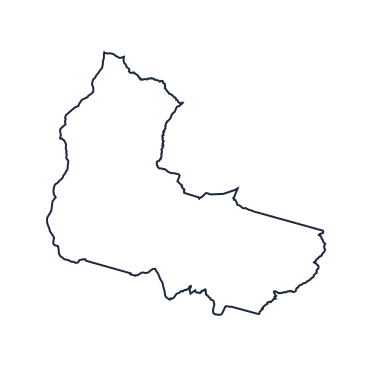 the district of Yantzaza, Zamora Chinchipe, Ecuador, rotated 16°
{"feature_id": "8360857B42265273644391", "entity_name": "Yantzaza", "entity_type": "district", "adm_level": 2, "iso_a3": "ECU", "parent_name": "Ecuador", "parent_adm1": "Zamora Chinchipe", "projection": "mercator", "projection_center": [-78.581, -3.714], "detail": "fine", "context": "isolated", "style": "outline", "palette": "slate", "viewbox_px": 384, "rotation_deg": 16, "n_neighbors": 0, "source": "geoboundaries", "source_scale": "gbopen_adm2", "svg_char_len": 5990}
<svg xmlns="http://www.w3.org/2000/svg" viewBox="0 0 384 384"><g transform="rotate(16 192 192)"><path d="M155.4,288.1L160.4,288.1L160.4,287.8L161.0,287.5L162.5,287.1L165.7,283.5L166.6,283.0L169.5,282.7L171.0,282.1L172.4,281.1L174.2,278.3L175.6,276.9L176.4,276.4L177.8,276.1L179.3,277.7L182.0,279.9L185.6,284.6L188.5,287.2L190.8,291.5L192.9,294.7L194.8,299.1L197.0,300.7L200.3,301.6L200.8,301.3L200.7,300.5L201.0,300.0L202.4,300.0L202.8,299.7L203.9,298.0L205.1,294.4L206.3,293.2L207.8,292.2L208.9,290.1L210.7,290.1L211.3,288.9L212.1,288.0L213.5,287.9L213.8,287.1L214.8,286.6L215.5,285.0L215.7,283.5L216.2,283.0L216.9,282.8L217.1,283.6L216.7,285.1L216.7,286.7L218.5,290.1L222.2,285.7L222.4,286.4L223.3,287.2L224.8,287.3L226.0,286.8L227.5,287.1L228.0,286.1L228.5,285.8L228.6,285.0L229.3,284.3L228.9,284.3L229.1,284.0L231.5,283.0L230.9,282.5L231.5,281.9L232.3,282.5L232.4,283.8L233.2,284.8L233.6,286.5L233.9,286.7L236.2,287.7L237.4,288.7L238.8,288.9L239.7,290.3L241.5,290.3L243.0,291.0L243.7,292.7L244.4,293.6L244.7,299.3L245.3,301.5L246.2,302.7L248.5,303.2L252.6,302.4L253.9,301.5L254.5,299.9L255.6,293.2L256.3,292.3L259.7,291.9L261.7,291.4L289.1,291.0L289.5,290.7L290.0,290.7L290.3,290.4L290.1,288.5L291.3,286.5L291.2,285.7L291.6,285.6L291.6,284.3L292.4,284.3L292.2,283.0L292.5,282.0L293.3,281.2L294.1,279.8L295.4,278.6L294.9,277.9L295.2,277.3L296.5,276.2L296.9,276.1L297.5,276.4L298.3,275.8L298.5,275.0L299.1,274.4L299.9,272.4L301.7,271.5L300.3,270.8L300.1,270.3L301.6,269.0L301.6,268.6L300.3,268.1L299.6,266.8L298.3,265.8L298.2,264.9L299.2,264.5L301.6,264.7L302.8,265.5L303.5,265.1L304.9,264.9L305.8,264.1L307.0,264.0L308.2,262.8L310.0,262.6L310.9,261.5L312.1,260.7L313.4,260.6L313.8,259.9L315.3,259.8L315.6,260.2L316.5,260.3L317.5,260.1L318.9,258.8L319.0,255.8L319.5,255.0L320.3,254.6L320.5,253.3L321.2,251.9L323.1,250.8L323.6,249.7L324.1,249.1L326.0,248.2L327.1,246.8L327.4,246.0L329.5,244.1L330.1,242.7L330.8,242.0L330.9,241.4L332.3,240.0L332.0,238.4L333.4,236.1L334.1,235.3L334.1,234.5L333.8,234.3L333.3,233.1L333.8,231.7L334.5,231.0L334.4,229.4L333.9,228.3L333.4,227.8L332.0,227.5L331.1,226.6L330.2,226.3L329.7,226.4L328.6,226.0L329.3,225.0L329.9,224.7L330.0,223.4L330.8,221.7L331.5,221.2L331.8,219.8L332.8,219.1L332.9,218.3L334.1,217.6L334.2,215.6L335.1,214.1L335.9,211.7L335.7,210.5L334.6,209.4L333.9,207.7L334.4,205.0L333.0,204.6L331.9,203.5L331.4,203.2L330.8,201.8L329.3,201.1L328.6,199.3L325.7,198.3L326.3,197.2L326.9,197.2L327.4,196.4L327.9,196.3L329.2,195.2L329.0,194.8L329.2,194.2L328.5,193.1L255.8,193.7L255.1,193.4L251.3,193.4L248.1,192.7L245.9,193.5L244.4,193.2L242.8,192.3L240.7,191.8L239.6,191.9L238.7,191.4L238.0,189.8L236.1,188.2L236.1,187.9L235.1,187.6L234.4,187.8L234.2,186.8L233.4,186.6L233.4,186.1L233.9,185.2L234.9,176.0L232.2,178.6L222.6,185.2L210.9,189.1L209.2,189.3L207.7,188.9L206.1,189.1L205.5,189.4L203.6,192.9L202.6,194.2L201.7,194.9L200.8,196.4L199.8,195.3L184.7,195.0L183.9,193.0L184.2,191.9L183.5,191.4L182.5,191.2L180.5,189.6L180.4,189.2L180.7,188.6L180.3,188.2L177.5,187.1L175.1,185.7L175.6,179.6L174.5,178.7L170.3,178.8L166.6,179.6L163.3,179.1L159.6,177.5L157.6,178.0L156.5,177.7L155.8,177.8L154.4,178.4L152.1,177.4L151.8,176.5L150.6,175.5L150.0,172.7L150.2,172.2L152.0,170.9L152.2,169.3L152.8,169.0L153.0,167.9L152.7,167.4L152.9,166.8L152.7,165.3L152.2,164.7L152.0,163.4L152.3,162.9L152.0,162.4L152.0,161.2L151.0,160.0L151.1,158.6L151.6,158.1L151.4,156.6L151.7,155.8L150.8,155.7L150.6,155.5L150.7,154.8L151.1,154.1L150.4,153.6L150.6,152.5L150.2,151.8L150.8,151.0L149.0,149.5L149.2,147.9L148.2,147.2L148.0,145.9L148.9,145.3L148.3,144.3L148.5,143.2L148.1,143.0L147.8,142.1L148.5,141.5L148.0,140.9L148.4,140.4L148.4,139.5L148.9,138.6L148.6,136.8L148.1,136.1L148.4,135.1L148.2,134.8L148.1,133.0L148.9,131.6L148.7,130.9L149.6,129.8L151.0,127.1L151.2,122.8L151.8,122.2L152.2,121.0L153.1,120.0L153.6,117.4L153.6,115.9L154.1,114.3L154.8,113.5L156.0,113.1L156.5,111.9L158.0,109.9L158.5,108.8L157.8,108.8L157.7,109.7L157.1,110.1L155.5,109.8L153.9,109.2L153.7,108.7L152.4,107.7L151.4,107.7L151.4,107.3L149.8,105.8L148.8,106.0L147.3,104.9L146.6,104.5L146.0,104.6L144.9,103.8L143.1,103.9L142.0,102.8L141.1,102.5L138.4,100.3L137.1,99.6L137.2,97.9L136.7,96.9L136.2,96.5L136.1,95.6L134.0,95.0L133.4,93.6L131.8,93.6L131.2,94.1L130.9,94.7L130.5,94.9L129.0,94.2L127.7,94.1L126.7,94.3L125.7,94.1L124.9,94.4L124.7,94.0L123.7,93.6L123.4,93.6L122.4,94.1L121.8,93.7L120.5,94.2L119.9,94.9L118.7,94.9L117.6,96.3L116.0,96.3L114.7,96.8L114.0,97.5L112.9,97.5L112.5,97.9L111.8,97.5L111.6,98.0L110.2,97.2L110.0,96.3L108.8,96.1L107.6,94.8L104.4,93.7L103.7,93.9L103.0,93.1L100.3,94.4L99.1,94.1L98.1,93.4L98.2,92.1L97.5,91.0L94.4,89.7L94.0,88.5L90.9,86.2L89.7,83.8L89.3,80.8L86.5,82.7L85.3,83.1L81.3,82.2L79.4,81.4L77.9,81.0L75.2,81.3L71.7,82.3L69.9,82.3L69.2,82.0L69.3,83.5L70.4,87.7L70.3,90.7L71.1,94.0L71.3,97.7L69.9,100.7L69.1,103.6L68.1,105.7L67.6,107.2L67.4,108.8L66.0,111.1L65.9,112.9L66.2,116.1L68.4,119.1L69.5,122.9L67.9,125.7L65.9,127.9L65.3,130.0L64.2,130.4L63.3,131.6L61.5,133.0L60.5,134.5L59.1,138.8L59.1,140.7L56.5,142.6L55.7,143.5L49.9,152.5L49.5,153.6L49.6,155.7L50.5,157.1L50.4,159.5L51.2,160.3L51.7,161.9L49.2,165.7L48.1,167.9L48.3,169.5L50.3,173.7L50.3,176.7L50.7,177.0L52.2,176.5L53.7,177.4L54.9,177.6L56.2,179.2L57.2,180.0L58.0,181.7L58.3,183.6L59.0,185.7L60.0,186.8L60.3,188.0L60.3,189.2L61.3,190.6L61.7,193.8L62.9,195.1L64.0,195.6L64.7,196.7L65.5,202.1L66.0,203.7L65.9,205.6L65.3,206.6L65.1,208.5L63.8,212.0L63.6,214.4L61.2,218.2L60.8,219.5L58.6,222.1L58.0,223.6L58.3,228.2L58.8,230.1L60.0,232.6L62.4,234.6L60.5,239.4L61.7,247.2L61.8,249.7L60.1,255.8L60.0,257.7L61.4,261.8L65.7,267.7L66.1,268.7L72.0,273.8L72.5,278.8L73.1,280.2L74.8,281.0L78.1,281.0L79.3,283.2L81.2,288.1L83.5,290.2L86.0,290.9L87.3,291.7L89.1,291.8L91.4,291.5L95.3,292.3L97.6,291.7L99.1,292.2L99.9,292.1L101.0,291.7L101.8,291.1L102.2,290.3L102.5,288.6L106.4,286.4L107.8,286.1L108.3,286.2L108.7,287.2L109.0,287.3L155.4,287.1L155.4,288.1Z" fill="none" stroke="#1e293b" stroke-width="2"/></g></svg>